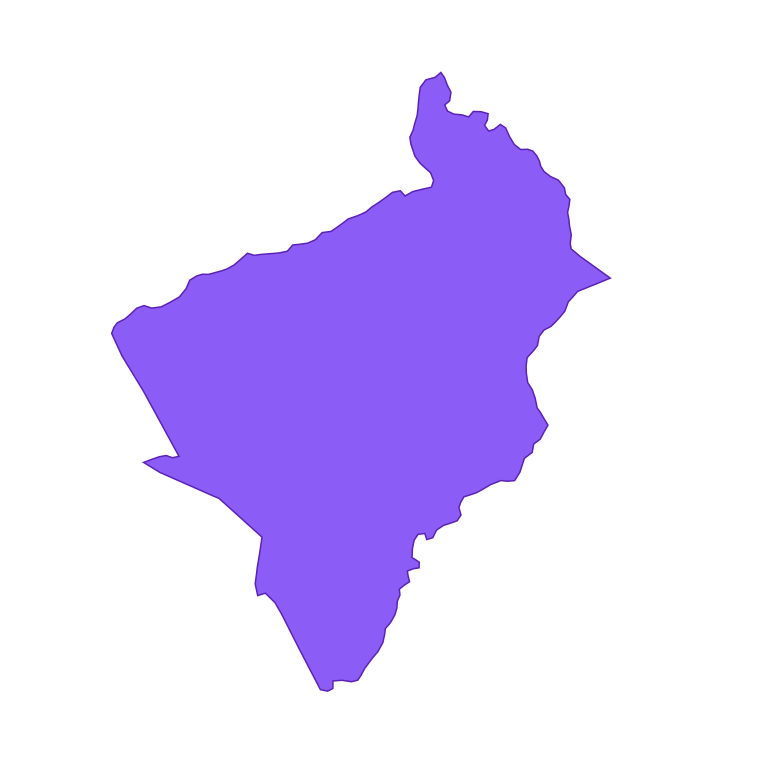 the district of Nordestina, Bahia, Brazil, rotated 243°
{"feature_id": "56859067B76720790859008", "entity_name": "Nordestina", "entity_type": "district", "adm_level": 2, "iso_a3": "BRA", "parent_name": "Brazil", "parent_adm1": "Bahia", "projection": "orthographic", "projection_center": [-39.446, -10.879], "detail": "fine", "context": "isolated", "style": "filled", "palette": "violet", "viewbox_px": 768, "rotation_deg": 243, "n_neighbors": 0, "source": "geoboundaries", "source_scale": "gbopen_adm2", "svg_char_len": 2667}
<svg xmlns="http://www.w3.org/2000/svg" viewBox="0 0 768 768"><g transform="rotate(243 384 384)"><path d="M140.5,188.6L135.9,194.4L135.9,200.2L142.6,203.7L139.0,212.2L133.5,219.8L132.0,226.2L134.7,231.0L139.4,237.8L144.9,248.9L148.2,256.9L154.2,265.7L160.9,271.1L165.5,274.2L168.4,281.4L173.5,289.1L178.6,293.8L184.2,297.1L188.7,302.4L194.2,304.5L195.6,310.8L196.2,317.0L201.5,318.2L206.8,319.9L206.0,326.6L204.3,331.8L209.3,334.5L216.7,330.2L224.7,334.8L231.1,339.9L234.6,346.1L232.3,352.5L226.0,351.5L224.9,357.7L230.0,364.5L231.0,373.0L229.9,379.4L228.9,387.1L232.3,393.1L240.0,394.7L243.9,398.8L247.2,404.0L246.2,409.8L245.1,417.6L245.4,424.6L246.0,433.5L244.9,444.3L241.3,449.9L238.6,456.5L243.7,465.0L248.3,469.6L254.0,475.3L255.8,485.0L262.6,490.2L263.9,498.1L268.3,504.4L272.9,511.4L281.4,510.8L287.4,510.5L293.1,509.6L302.9,512.3L311.5,513.5L320.0,512.7L328.6,515.6L335.4,518.7L342.5,523.5L345.8,532.3L348.6,538.2L356.0,543.9L359.5,551.2L359.5,558.8L361.3,564.6L363.4,570.4L366.8,578.2L373.5,585.5L376.2,592.7L378.6,598.5L375.6,633.7L409.0,616.5L414.1,614.4L419.4,612.1L424.8,613.8L431.7,618.5L441.0,621.2L446.8,623.5L453.6,625.5L458.8,629.8L464.1,633.4L470.4,631.9L476.9,633.8L486.5,631.9L493.5,626.4L500.5,623.1L506.8,622.5L512.1,623.7L518.0,623.7L524.0,622.3L527.9,618.6L530.9,612.2L538.4,608.8L547.5,608.2L557.0,608.6L562.5,605.5L560.9,597.7L561.9,592.1L568.8,591.0L572.3,596.0L577.6,599.5L582.7,593.9L586.3,587.3L583.5,580.7L588.4,575.7L592.8,568.7L598.3,564.5L605.1,564.8L606.5,571.0L613.5,576.1L621.7,576.1L629.5,577.0L635.8,576.1L634.0,568.9L636.0,559.4L631.8,550.9L625.6,546.6L620.0,543.0L614.1,539.4L608.3,535.5L601.5,529.1L596.7,524.9L592.2,519.1L585.6,516.9L579.7,516.0L572.9,515.0L564.6,516.3L558.0,518.7L551.1,521.4L542.8,520.6L537.8,515.6L540.1,506.9L542.4,496.8L542.0,488.1L548.8,486.3L550.9,478.6L549.4,470.2L548.1,461.6L547.3,453.8L545.5,445.9L545.8,437.9L547.3,427.1L545.8,418.9L544.9,412.9L544.0,406.1L547.0,397.6L543.7,388.3L544.1,380.1L546.8,372.2L549.3,365.8L546.2,358.1L548.5,349.7L552.4,340.3L555.4,333.0L557.5,326.9L562.5,321.7L560.5,314.1L558.1,304.4L557.8,296.3L558.6,290.5L560.1,283.3L561.3,277.5L564.3,271.9L565.3,265.9L564.7,258.1L558.9,251.1L554.5,241.4L553.9,230.4L553.9,220.5L557.1,211.4L562.8,205.8L563.8,198.2L561.3,189.7L559.6,182.8L559.6,174.2L557.2,169.2L552.7,164.3L528.0,163.3L487.3,166.4L412.6,168.5L414.4,162.0L419.1,157.5L421.2,150.9L422.1,144.2L423.3,134.2L406.9,144.2L363.0,180.0L356.9,185.1L302.9,205.8L288.2,195.3L277.8,187.6L272.8,184.3L264.4,178.5L252.8,175.4L251.5,183.3L238.7,187.6L225.7,188.3L214.7,188.3L190.2,188.2L173.8,188.3L140.5,188.6Z" fill="#8b5cf6" stroke="#5b21b6" stroke-width="1.5"/></g></svg>